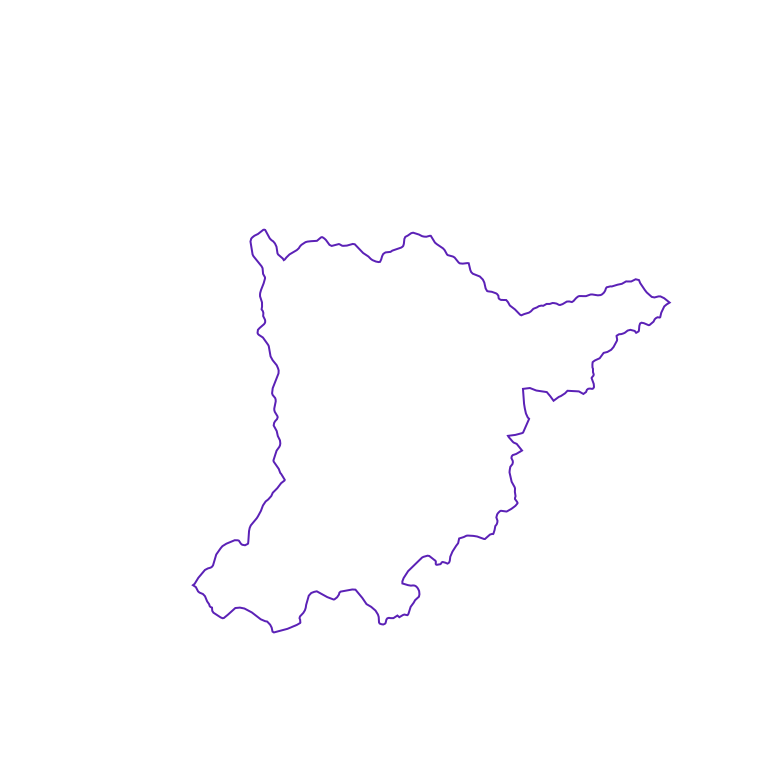 the district of Bao Lam, Cao Bằng, Vietnam, rotated 52°
{"feature_id": "81297802B56496932739620", "entity_name": "Bao Lam", "entity_type": "district", "adm_level": 2, "iso_a3": "VNM", "parent_name": "Vietnam", "parent_adm1": "Cao Bằng", "projection": "albers", "projection_center": [105.502, 22.876], "detail": "fine", "context": "isolated", "style": "outline", "palette": "violet", "viewbox_px": 768, "rotation_deg": 52, "n_neighbors": 0, "source": "geoboundaries", "source_scale": "gbopen_adm2", "svg_char_len": 6165}
<svg xmlns="http://www.w3.org/2000/svg" viewBox="0 0 768 768"><g transform="rotate(52 384 384)"><path d="M424.9,658.4L428.2,657.3L433.0,658.2L434.8,657.8L438.0,656.0L441.0,655.7L446.4,657.2L449.9,657.4L451.7,658.1L452.9,658.0L454.3,657.2L457.0,659.0L459.2,659.2L467.4,656.4L469.2,655.4L469.8,654.3L469.7,649.3L469.0,639.1L471.5,635.2L475.0,632.2L482.6,628.8L493.5,626.0L497.7,623.7L499.3,622.3L503.6,621.9L506.8,622.5L510.5,624.3L512.0,623.7L517.5,610.8L520.2,600.9L520.7,597.2L520.5,596.8L518.1,595.2L516.6,594.8L515.9,594.0L515.4,593.1L514.7,588.5L513.6,585.6L512.1,583.4L510.1,581.3L504.5,573.6L503.9,570.0L504.8,567.0L506.0,564.6L517.0,559.9L522.8,556.4L523.2,555.6L523.2,552.3L522.2,549.2L521.0,547.6L520.9,546.0L526.4,535.5L528.5,533.1L539.2,532.8L546.7,533.3L551.7,531.3L557.3,530.2L561.9,530.7L564.3,531.6L568.8,534.7L570.1,534.9L571.6,534.0L573.0,532.7L573.5,531.1L573.3,529.9L571.1,527.1L570.7,525.6L571.3,524.1L572.8,522.7L574.3,520.7L574.7,516.0L577.2,515.5L577.7,511.4L578.2,509.9L580.5,508.0L580.6,507.6L580.2,506.3L576.0,500.2L574.6,495.2L573.5,492.6L573.1,487.4L571.5,485.5L568.8,483.8L566.7,483.3L564.9,483.1L562.9,483.4L561.7,484.0L560.6,485.1L559.5,486.9L557.3,488.9L552.5,492.3L550.8,491.0L549.0,488.0L546.3,480.2L544.2,460.9L544.5,459.3L546.1,455.4L547.4,454.2L555.1,452.3L555.9,452.5L557.6,454.0L558.4,454.1L559.0,453.7L560.7,450.5L560.6,449.5L560.1,448.4L560.4,447.3L562.8,445.5L564.6,444.6L564.8,443.4L564.7,442.5L563.8,441.0L560.9,438.1L558.2,433.2L555.9,426.7L555.1,423.6L552.0,419.9L553.7,415.4L554.3,412.5L555.0,411.3L558.6,407.2L561.5,404.5L567.7,400.6L568.3,399.9L567.9,393.2L568.7,391.1L569.4,390.4L569.3,389.9L567.1,386.7L564.5,383.8L564.0,381.7L563.0,380.1L561.7,378.8L558.3,377.6L556.4,375.1L555.9,373.5L555.6,371.2L555.9,369.9L559.9,366.0L560.1,365.4L560.8,360.6L560.9,357.6L560.9,355.4L560.3,352.5L560.0,352.0L558.8,351.7L555.3,351.6L554.5,351.0L553.4,349.4L549.6,347.3L547.0,345.1L545.8,344.6L539.6,343.6L530.9,339.5L529.2,337.9L527.0,335.4L526.2,332.1L525.1,330.7L523.9,329.9L520.8,329.2L519.6,327.8L519.3,326.3L520.5,323.0L521.4,316.2L512.9,316.3L509.9,317.9L508.7,318.1L502.6,318.4L501.2,318.2L505.0,311.8L507.7,305.5L507.9,304.3L500.8,291.1L498.8,291.3L494.6,290.3L489.8,288.0L485.8,285.8L473.4,277.5L477.0,271.5L482.9,268.0L490.6,260.7L496.0,260.5L501.6,260.7L501.8,254.2L502.4,252.0L502.8,247.1L502.3,243.6L509.8,235.0L514.6,233.0L514.7,229.7L513.5,227.7L513.5,226.0L514.4,224.5L516.0,223.0L516.3,221.8L515.7,220.4L513.1,218.7L507.2,216.8L506.9,216.4L506.3,213.7L505.5,212.8L503.3,212.0L500.6,209.9L499.4,209.6L497.1,207.9L495.3,206.2L495.2,205.5L495.3,203.2L496.5,198.2L494.7,191.8L496.3,188.2L496.9,183.9L496.2,180.4L493.3,173.8L492.5,172.9L489.3,171.2L489.2,170.8L489.5,168.2L490.8,166.2L491.6,164.0L491.9,162.6L491.9,159.1L493.0,156.5L496.5,153.8L498.9,153.8L499.0,153.3L499.3,151.0L498.8,150.2L495.4,147.0L494.5,145.7L494.0,144.9L494.2,143.4L496.0,141.8L500.5,139.3L501.0,138.5L500.8,133.2L499.7,130.9L499.5,129.3L499.8,127.4L501.4,125.8L501.4,125.2L498.5,121.6L495.4,115.4L495.3,112.2L495.7,108.8L488.9,110.4L485.2,112.2L484.0,113.7L482.3,117.6L480.2,119.4L473.6,120.6L470.6,120.6L462.2,120.0L459.1,119.1L456.4,121.2L455.4,126.1L452.2,130.1L451.5,134.9L449.6,138.7L447.4,144.4L446.4,145.6L444.9,149.0L445.3,150.3L446.6,152.2L447.4,154.4L447.6,157.0L447.3,158.5L445.8,160.9L441.6,164.8L440.6,166.2L439.1,170.8L434.9,176.0L434.5,177.5L434.6,179.9L435.3,183.6L435.1,185.5L433.0,187.2L431.6,189.2L431.0,194.1L430.1,196.7L429.2,197.5L426.9,198.5L424.8,200.3L423.9,201.4L423.0,204.0L421.0,206.6L420.4,210.4L419.1,211.7L418.0,214.1L417.8,216.3L416.7,220.0L417.2,223.5L417.0,225.9L415.2,230.5L414.4,233.5L413.2,234.1L405.8,234.9L399.6,236.5L395.8,235.9L393.1,236.0L389.8,240.0L388.2,240.8L386.9,240.8L384.8,239.5L382.7,239.5L381.5,239.9L377.7,242.3L375.0,245.0L374.2,245.5L371.3,245.1L365.8,242.5L362.6,241.8L358.3,242.3L351.8,246.1L349.5,246.4L347.3,245.8L341.0,242.9L340.1,243.8L337.6,247.9L335.6,250.0L334.3,250.4L327.8,250.5L326.0,251.2L321.7,254.4L320.7,254.6L315.8,253.8L313.4,254.0L306.3,256.3L303.9,256.8L296.1,255.9L295.5,256.5L294.0,260.0L292.5,261.7L290.9,263.0L287.8,264.4L282.7,267.9L281.9,269.7L281.7,273.8L281.2,276.6L282.2,278.6L285.8,282.1L287.0,283.8L287.2,284.9L287.1,286.4L284.0,295.4L283.9,297.5L281.3,301.7L281.1,302.8L281.1,304.7L282.2,306.9L284.1,309.5L285.3,311.9L284.6,313.2L282.5,315.0L279.3,316.8L277.3,317.4L273.9,317.8L267.9,319.8L255.9,321.0L254.4,322.4L252.1,328.0L250.0,331.1L249.2,331.9L246.5,333.0L245.9,333.5L243.0,340.2L240.8,341.3L234.8,341.1L232.7,341.4L230.5,342.1L230.0,342.6L229.7,343.4L229.9,348.7L226.6,353.5L224.7,356.6L223.9,358.5L223.5,363.3L223.8,365.4L224.6,367.6L224.8,370.3L223.7,378.7L224.2,383.1L224.8,385.4L224.7,386.7L222.8,386.5L216.8,387.7L215.5,387.5L209.6,384.2L206.1,383.4L203.3,383.5L201.5,384.1L199.0,384.4L189.5,382.8L188.6,383.4L188.2,384.2L188.2,390.9L187.4,394.8L187.4,397.5L187.7,399.1L189.5,401.5L201.0,407.8L202.9,408.2L215.9,408.0L218.0,408.4L222.8,411.5L226.6,412.1L227.5,412.7L228.4,413.9L230.6,416.9L234.2,423.0L236.1,425.6L237.4,426.8L238.6,427.7L244.6,429.9L248.0,432.5L249.8,434.5L251.9,434.6L253.7,435.3L256.1,437.4L260.0,438.2L261.2,438.8L262.4,439.9L263.0,441.6L263.3,447.6L263.7,450.0L265.9,452.2L267.0,452.5L268.1,452.4L272.8,450.8L281.8,451.2L283.2,451.5L292.4,456.4L296.7,457.1L303.2,457.0L306.6,457.9L308.5,458.7L310.7,460.6L318.8,474.3L322.4,477.9L324.1,478.5L328.0,478.4L329.4,478.9L331.0,480.0L335.8,485.6L337.0,486.5L338.7,487.2L343.8,487.8L344.7,488.2L345.8,489.9L346.3,492.8L347.0,494.5L348.8,496.5L355.0,497.5L359.6,499.7L364.4,500.7L367.0,502.3L368.3,503.7L369.1,505.2L370.4,509.7L376.1,518.1L377.2,518.7L386.1,519.2L390.2,520.5L391.5,520.4L398.4,521.2L398.8,521.8L398.8,526.2L400.4,532.2L401.2,538.6L402.9,541.8L403.7,546.4L403.7,549.6L405.2,554.2L408.2,559.1L410.6,564.6L411.4,566.8L413.4,576.0L414.7,578.4L416.8,580.9L424.6,587.9L426.0,589.3L426.1,589.9L425.5,592.8L423.4,594.7L421.7,595.1L418.2,594.8L417.2,595.4L415.2,597.8L412.8,606.5L412.3,611.2L412.9,614.0L415.1,621.2L421.6,630.3L422.1,631.9L422.0,633.6L420.9,636.3L420.3,639.6L422.4,649.6L424.9,656.3L424.9,658.4Z" fill="none" stroke="#5b21b6" stroke-width="2"/></g></svg>